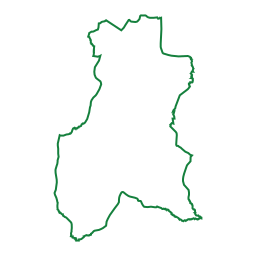 the district of Mueang Buri Ram, Buri Ram, Thailand
{"feature_id": "78962969B95913891709338", "entity_name": "Mueang Buri Ram", "entity_type": "district", "adm_level": 2, "iso_a3": "THA", "parent_name": "Thailand", "parent_adm1": "Buri Ram", "projection": "natural_earth1", "projection_center": [103.104, 14.948], "detail": "fine", "context": "isolated", "style": "outline", "palette": "green", "viewbox_px": 256, "rotation_deg": 0, "n_neighbors": 0, "source": "geoboundaries", "source_scale": "gbopen_adm2", "svg_char_len": 5724}
<svg xmlns="http://www.w3.org/2000/svg" viewBox="0 0 256 256"><path d="M161.4,29.1L161.1,17.9L160.9,18.0L161.0,18.4L160.9,18.5L160.7,18.0L160.1,17.8L160.0,18.2L159.1,18.4L158.8,18.6L158.5,19.2L158.5,19.4L157.9,18.2L157.5,18.0L157.2,17.4L153.7,17.8L149.9,17.8L148.1,17.3L147.1,16.7L146.2,15.8L145.2,15.4L143.0,15.5L140.9,15.4L140.2,16.0L139.5,19.0L137.8,21.0L136.9,21.7L135.3,22.0L131.3,21.6L130.5,21.2L129.4,19.9L128.7,20.0L125.6,24.7L123.8,27.7L121.3,30.3L106.1,20.3L105.6,20.9L105.1,20.9L104.7,21.3L102.9,21.6L101.5,22.0L100.3,23.2L98.8,23.4L98.5,27.4L97.9,29.5L96.0,30.2L93.5,31.5L92.4,31.7L91.4,31.7L89.2,33.1L89.0,34.3L88.2,36.7L89.4,37.1L89.8,38.5L90.1,38.8L90.5,39.5L90.4,40.2L90.8,40.4L90.8,40.6L90.8,42.9L91.7,43.6L91.6,44.1L92.0,44.2L92.5,44.6L92.7,45.3L92.9,45.3L93.1,45.7L93.6,45.9L93.9,46.5L94.2,46.5L93.8,50.1L94.0,50.2L93.7,51.9L94.0,52.1L93.9,53.2L93.6,55.3L93.3,56.0L97.8,56.7L98.6,56.4L99.4,56.3L100.3,55.8L99.0,60.6L94.9,67.2L94.3,71.7L94.6,74.7L95.7,77.4L96.0,77.9L97.3,79.0L100.3,81.3L100.8,82.3L101.2,84.3L99.4,89.2L96.7,94.0L95.7,95.4L93.3,97.6L91.5,100.3L90.9,102.1L90.6,105.6L90.0,107.2L89.2,112.3L87.2,119.0L85.0,122.6L83.7,123.6L83.4,123.7L83.2,123.5L82.9,123.6L82.6,123.5L82.0,124.2L81.6,124.4L81.1,125.9L80.1,126.4L79.1,126.7L78.9,126.6L78.7,126.7L78.6,127.5L77.3,127.9L77.1,128.4L76.1,128.4L75.9,128.8L75.7,128.5L75.1,128.6L75.0,127.9L74.7,127.7L73.1,128.5L72.4,130.0L71.8,131.9L70.9,133.2L70.5,133.6L70.0,133.4L69.7,133.8L68.7,134.2L66.4,134.5L63.5,135.6L61.8,135.6L60.3,135.5L59.7,135.2L57.8,143.5L57.8,145.6L58.2,148.6L58.2,153.7L58.6,156.8L57.6,160.4L57.6,161.7L57.3,163.9L56.7,165.6L55.6,169.3L55.5,170.3L55.6,172.9L56.7,179.6L56.8,182.5L55.8,189.8L54.6,192.8L54.6,193.3L55.0,194.8L56.3,197.7L57.0,200.1L57.4,202.2L57.7,202.6L57.4,205.4L57.4,207.1L57.6,208.3L57.5,209.4L58.3,210.0L58.6,210.5L58.7,211.2L59.2,211.5L59.2,212.3L59.5,212.8L59.9,212.6L60.4,212.6L61.4,213.8L62.3,214.4L62.9,214.4L62.9,215.2L63.2,215.9L64.2,216.3L64.6,216.9L65.6,217.2L66.4,217.7L70.6,221.9L71.3,222.8L71.7,224.3L71.8,228.0L71.5,230.7L71.6,231.2L71.0,233.4L71.1,234.5L71.3,234.7L70.9,236.2L72.7,236.4L72.4,237.4L72.5,237.6L75.4,238.1L75.2,238.6L75.8,238.5L75.8,239.6L76.3,239.5L76.3,240.6L77.8,240.5L78.8,240.6L79.0,239.4L80.5,239.3L81.4,239.0L83.8,237.1L83.7,236.4L84.2,236.4L84.4,236.1L85.4,235.6L85.8,235.6L86.2,235.2L86.6,235.1L87.8,235.5L89.0,235.5L89.2,235.1L90.5,234.7L90.8,234.9L91.0,234.7L91.0,233.7L92.0,233.1L93.7,231.2L94.6,230.7L99.0,229.9L100.9,229.1L102.9,228.1L106.1,225.7L106.6,221.6L107.8,218.9L109.9,215.0L114.6,208.4L117.8,204.2L118.9,202.2L119.0,199.4L119.2,197.7L119.6,196.2L120.7,193.8L121.5,192.5L122.1,192.1L122.9,192.0L123.8,192.5L126.1,194.4L128.5,196.0L130.1,196.6L134.8,197.7L137.0,198.5L137.8,199.3L138.0,200.5L138.5,200.6L138.7,200.9L140.6,201.0L141.0,201.4L142.0,203.7L143.1,205.6L144.2,206.8L147.6,207.1L151.0,206.7L155.1,207.3L156.6,207.2L157.1,206.5L158.7,207.2L161.2,208.0L162.3,209.0L163.5,208.9L163.6,208.7L164.5,208.9L165.1,208.8L165.1,209.1L165.7,209.1L165.8,209.5L166.5,209.5L166.7,209.8L166.8,209.6L167.3,209.5L168.2,209.7L168.5,209.9L168.6,210.6L169.4,211.3L170.5,211.9L170.5,212.2L171.2,212.9L171.6,213.0L171.7,213.5L171.5,214.0L172.6,214.5L172.5,215.0L173.3,215.4L173.7,215.3L174.2,215.4L174.6,215.9L174.6,216.5L175.4,216.9L175.8,216.6L176.2,216.7L178.6,218.2L178.9,218.5L179.1,219.2L179.5,219.6L179.8,219.2L180.7,219.5L182.1,220.6L182.2,220.9L182.9,220.9L183.3,221.2L184.6,220.3L185.2,220.6L185.7,220.4L185.9,220.8L187.2,220.0L187.7,219.5L188.6,219.2L188.8,219.2L188.8,219.4L189.5,219.5L189.9,219.5L190.2,219.2L190.6,219.4L191.2,219.2L191.6,219.3L192.0,218.9L192.6,218.9L193.3,218.4L193.5,218.5L193.8,218.4L194.2,218.7L194.6,218.7L194.7,218.9L195.0,218.6L195.5,218.5L195.9,218.9L197.0,219.0L197.2,219.4L197.7,219.5L198.0,219.1L198.4,219.1L198.7,218.8L199.2,218.7L199.4,218.2L199.7,218.2L199.8,217.9L201.4,218.4L201.4,218.0L200.9,218.1L200.7,217.8L200.8,217.2L200.6,216.9L200.3,216.8L200.1,216.6L199.9,216.7L199.7,216.5L199.2,216.6L198.3,215.5L197.9,215.7L196.2,215.4L195.7,214.8L195.4,213.9L195.2,213.9L195.1,213.5L195.2,212.9L194.8,212.7L195.3,212.4L195.1,212.1L195.0,210.3L194.8,209.8L194.4,209.4L193.5,209.5L192.5,208.2L192.6,205.8L192.2,204.5L192.0,204.1L191.7,204.2L191.6,203.8L191.1,203.5L191.1,203.3L190.8,203.0L190.2,202.9L190.2,201.7L189.8,201.0L189.6,201.1L189.2,200.6L189.1,199.7L188.5,199.1L188.5,197.1L189.0,194.9L189.0,192.5L188.6,190.0L184.0,184.8L183.0,181.1L183.0,179.1L183.3,176.8L184.1,173.7L185.9,168.4L186.8,165.8L187.3,164.9L190.5,161.3L190.6,157.0L192.0,155.4L190.2,154.8L188.4,153.1L185.3,151.7L181.8,148.7L180.7,147.6L179.3,146.9L178.1,145.9L176.7,145.8L176.2,144.8L176.2,144.3L176.8,135.1L176.6,133.2L175.8,131.9L170.3,126.4L170.7,125.2L170.3,124.8L171.8,123.1L173.4,123.6L172.6,118.6L174.5,118.6L174.2,116.4L173.2,114.3L173.5,114.3L174.3,111.4L172.9,111.7L173.5,110.2L175.2,108.4L175.6,106.4L179.8,95.3L187.9,89.1L189.6,87.0L189.9,86.3L189.3,85.8L189.3,85.0L188.9,84.4L188.9,83.5L189.9,83.3L190.2,82.2L192.0,82.5L192.2,82.4L192.4,81.8L192.7,81.7L192.7,80.6L192.9,80.3L192.7,79.5L192.9,79.0L192.5,78.7L192.1,78.0L191.9,78.0L192.2,77.8L192.1,77.6L191.8,77.6L191.5,77.9L191.3,77.7L191.8,76.6L191.6,76.5L191.3,76.7L191.3,76.3L191.5,75.8L192.0,75.4L192.1,75.0L190.8,73.5L191.3,73.1L191.4,72.7L191.8,71.6L193.1,71.7L192.9,71.4L192.9,69.7L193.5,68.6L193.1,68.2L192.9,67.2L192.5,66.4L192.3,66.3L192.3,65.9L191.7,65.4L191.9,64.6L191.4,62.6L192.0,61.3L191.9,60.8L191.5,59.8L190.9,59.3L190.7,58.6L191.1,58.6L190.9,58.4L191.0,57.8L190.8,57.7L190.5,57.8L190.4,57.3L190.1,57.2L189.9,56.8L187.8,56.0L178.6,56.4L171.5,55.7L168.4,55.0L163.4,53.5L162.6,52.8L160.9,47.9L160.7,46.9L160.7,43.4L161.4,29.1Z" fill="none" stroke="#15803d" stroke-width="2"/></svg>